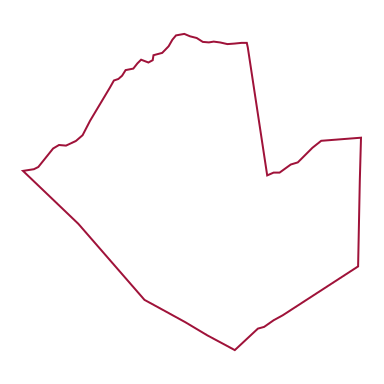 Janduís, Rio Grande do Norte, Brazil
{"feature_id": "56859067B51119981613675", "entity_name": "Janduís", "entity_type": "district", "adm_level": 2, "iso_a3": "BRA", "parent_name": "Brazil", "parent_adm1": "Rio Grande do Norte", "projection": "orthographic", "projection_center": [-37.487, -5.995], "detail": "fine", "context": "isolated", "style": "outline", "palette": "rose", "viewbox_px": 384, "rotation_deg": 0, "n_neighbors": 0, "source": "geoboundaries", "source_scale": "gbopen_adm2", "svg_char_len": 773}
<svg xmlns="http://www.w3.org/2000/svg" viewBox="0 0 384 384"><path d="M246.8,42.9L241.2,42.9L234.2,43.6L227.4,44.1L220.4,42.5L213.7,41.6L208.9,42.4L202.8,41.9L196.7,38.0L190.0,36.3L184.3,33.9L176.0,35.4L172.4,39.7L168.6,46.3L162.2,52.9L153.5,55.2L152.7,60.2L148.4,62.5L141.1,59.7L137.4,63.4L133.3,68.6L125.6,70.1L122.1,75.7L118.3,79.0L113.9,80.5L109.9,87.6L90.1,120.7L82.6,135.2L76.0,140.9L66.0,145.6L59.0,145.0L53.1,148.5L38.3,167.0L33.9,169.2L23.0,170.9L78.4,223.9L144.5,299.9L162.5,309.7L185.3,322.2L207.4,335.4L234.8,350.1L257.9,328.6L264.1,326.9L273.7,320.2L282.7,315.3L358.1,266.4L359.8,180.9L361.0,137.7L321.2,140.8L312.4,147.8L297.8,162.4L290.8,164.5L279.6,172.6L273.6,172.6L267.2,175.4L247.8,47.5L246.8,42.9Z" fill="none" stroke="#9f1239" stroke-width="2"/></svg>